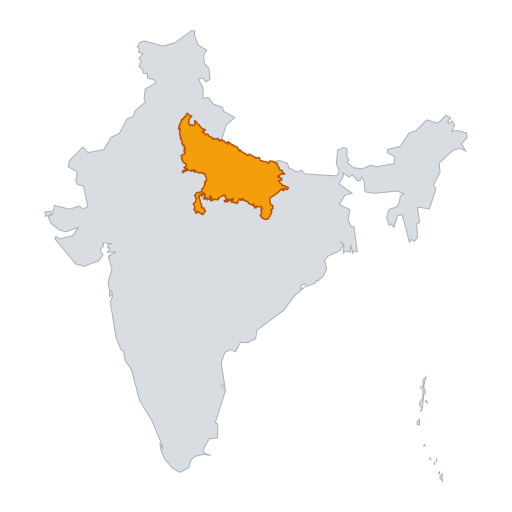 India, with Uttar Pradesh highlighted
{"feature_id": "IND-3253", "entity_name": "Uttar Pradesh", "entity_type": "State", "adm_level": 1, "iso_a3": "IND", "parent_name": "India", "parent_adm1": "", "projection": "orthographic", "projection_center": [80.221, 27.157], "detail": "fine", "context": "in_parent", "style": "filled", "palette": "amber", "viewbox_px": 512, "rotation_deg": 0, "n_neighbors": 0, "source": "natural_earth", "source_scale": "10m", "svg_char_len": 9741}
<svg xmlns="http://www.w3.org/2000/svg" viewBox="0 0 512 512"><path d="M44.9,212.0L53.2,211.1L54.5,205.5L69.3,209.2L79.6,206.0L82.8,209.1L87.8,206.8L83.4,185.8L77.9,184.7L75.8,181.2L77.2,171.5L68.3,166.9L69.3,160.7L82.8,147.1L88.0,152.7L103.7,149.6L111.2,137.2L119.5,133.2L127.1,118.8L133.3,116.5L134.9,111.0L145.6,101.7L144.1,99.2L145.2,88.9L156.1,82.9L155.0,80.3L147.6,78.0L147.5,73.7L143.3,73.4L142.8,69.7L138.9,66.3L141.2,61.3L139.0,57.7L143.0,54.2L138.4,51.9L139.5,49.3L137.3,46.9L139.8,42.6L144.4,41.0L163.0,46.0L175.1,42.6L191.5,30.7L194.8,31.0L194.3,34.7L198.3,45.2L206.8,50.3L203.5,54.9L204.4,63.3L208.9,68.6L209.9,79.5L205.8,81.8L202.8,77.9L198.5,79.1L203.1,88.3L203.1,98.6L208.2,97.4L213.5,104.1L222.7,107.5L223.3,111.1L234.9,117.6L226.3,124.8L221.6,139.5L247.3,155.0L259.3,158.0L260.1,160.5L268.2,162.7L279.8,160.5L287.4,163.4L288.6,167.5L296.9,172.0L301.6,170.3L305.0,174.0L337.2,175.9L339.2,170.2L336.3,163.7L337.7,150.2L343.7,147.5L347.1,148.7L346.8,156.6L349.1,159.8L347.1,162.3L353.4,167.7L362.4,168.9L370.5,165.2L376.3,166.7L394.2,163.7L394.7,156.5L387.4,152.8L387.6,149.5L400.3,146.3L409.0,133.1L415.9,130.7L426.7,119.9L437.9,123.1L445.9,115.3L450.7,117.9L447.9,121.1L448.4,123.6L452.2,121.0L454.8,125.4L451.5,131.6L455.8,130.3L466.3,132.8L467.1,137.3L461.5,143.9L465.7,151.1L460.0,148.3L452.7,150.4L439.1,163.1L440.1,172.1L433.6,184.7L435.9,188.9L429.4,208.9L417.5,207.1L419.5,222.2L416.7,224.1L417.6,237.1L414.4,241.4L411.4,239.4L409.4,242.1L402.3,214.9L397.7,215.3L394.0,227.2L391.1,223.9L389.4,225.6L386.6,218.0L388.9,209.5L396.2,207.1L399.2,203.3L400.4,195.5L403.8,194.1L397.4,191.0L374.0,193.3L365.0,191.8L364.1,181.3L361.6,177.0L360.1,180.5L357.5,180.7L351.9,174.5L349.4,177.2L342.4,172.6L343.6,175.7L338.9,183.9L352.2,193.3L345.1,195.0L339.2,204.5L349.9,209.6L348.2,219.5L350.9,226.2L354.0,227.1L357.3,251.8L354.3,250.6L352.7,253.3L350.7,244.7L350.3,252.2L345.7,250.9L343.3,253.1L344.0,244.8L340.0,241.2L343.5,245.1L340.6,250.2L328.0,256.2L324.6,260.7L326.7,269.3L323.5,275.7L318.0,281.0L316.0,280.3L315.7,282.9L306.0,286.6L304.8,283.5L300.9,285.8L300.0,288.5L303.9,287.8L293.9,296.3L283.9,310.1L257.1,330.0L255.6,338.7L247.9,342.5L240.4,342.4L235.6,351.7L230.4,349.6L224.9,352.5L221.1,362.7L225.1,388.0L222.7,384.4L221.2,386.1L225.7,390.0L215.3,422.3L217.8,424.2L217.6,437.9L209.2,438.8L203.1,449.6L204.4,453.2L210.7,455.4L203.7,454.2L194.7,456.6L191.0,459.9L188.8,467.7L180.0,472.3L172.7,468.4L164.6,459.1L161.0,450.5L159.8,443.0L163.2,449.2L161.4,443.2L151.8,420.3L139.7,400.8L131.5,369.8L125.0,360.2L123.4,350.8L121.1,349.9L116.1,337.6L110.3,302.0L112.6,296.1L112.2,293.9L109.9,296.6L109.5,294.9L109.8,291.4L112.5,291.9L109.5,290.3L108.0,282.7L112.0,269.2L108.5,257.6L110.2,256.1L108.4,256.2L116.1,251.9L107.5,252.3L110.1,248.0L107.4,247.7L108.1,244.8L112.0,243.8L102.6,242.6L103.8,245.7L100.0,249.8L103.0,254.7L99.1,260.6L83.8,266.3L75.8,264.0L54.7,238.6L56.1,236.3L59.3,239.1L73.0,235.6L78.2,227.5L65.6,231.9L59.4,229.9L51.0,223.5L48.2,217.0L53.9,213.0L45.6,216.4L44.9,212.0ZM422.3,408.9L419.1,403.9L422.8,398.0L423.0,380.0L426.0,376.7L423.7,386.5L425.7,392.7L423.8,394.5L422.3,408.9ZM442.1,473.8L442.4,481.3L439.6,477.5L442.1,473.8ZM419.5,424.6L417.4,424.9L417.0,421.8L419.4,419.3L419.5,424.6ZM434.7,462.6L434.6,464.8L434.0,462.8L434.7,462.6ZM437.0,459.3L436.3,462.3L436.4,459.2L437.0,459.3ZM440.0,471.4L439.2,473.8L438.5,472.9L440.0,471.4ZM425.1,445.6L423.7,445.9L424.3,444.6L425.1,445.6ZM421.8,410.1L420.4,411.5L421.0,409.5L421.8,410.1ZM426.5,400.6L427.3,402.7L425.5,401.2L426.5,400.6ZM430.8,459.4L429.6,459.1L430.1,457.9L430.8,459.4ZM421.3,386.7L420.7,389.1L421.0,386.5L421.3,386.7Z" fill="#d9dde1" stroke="#a8b0b8" stroke-width="1"/><path d="M259.2,157.6L259.7,158.7L260.1,160.5L260.4,160.9L262.2,161.0L264.2,161.7L265.9,161.6L267.2,162.4L267.7,163.1L268.1,163.4L268.7,163.2L269.3,162.5L269.2,161.4L269.6,161.1L272.5,161.2L276.3,162.9L276.3,163.3L276.9,163.2L276.9,164.0L277.7,164.9L277.8,166.0L279.0,167.5L279.1,168.5L279.8,169.7L280.9,170.5L282.0,170.2L282.3,170.8L282.4,172.4L283.3,172.6L284.6,174.0L284.4,174.2L280.3,174.2L279.7,175.6L278.8,175.9L278.4,176.4L278.1,175.9L277.8,176.0L277.9,177.3L278.5,177.5L279.2,177.1L280.2,177.9L281.7,178.3L281.4,179.3L281.8,180.1L279.2,180.7L278.9,181.0L278.9,181.4L279.4,181.8L280.1,183.1L281.3,183.7L281.7,184.4L282.2,184.5L282.5,185.3L283.0,185.9L284.7,185.6L285.9,186.8L287.0,186.8L288.3,188.0L288.0,188.8L287.0,189.5L285.7,189.2L284.8,188.5L284.1,188.8L283.9,189.3L284.1,190.2L283.4,190.6L282.6,190.3L282.4,189.2L281.9,188.9L281.4,189.1L277.7,192.8L270.4,197.6L269.9,198.2L269.6,200.2L270.2,201.5L270.1,203.5L271.5,204.9L272.7,205.5L272.8,206.2L272.5,206.8L272.8,207.4L272.8,209.0L271.5,209.2L270.9,209.7L270.9,210.3L271.8,211.9L269.8,216.4L269.0,217.0L268.9,217.8L268.4,218.6L266.8,219.3L264.3,219.2L262.8,218.1L262.2,218.0L261.2,216.9L261.2,216.1L260.3,215.0L261.1,214.5L261.6,212.6L261.5,211.4L261.1,211.0L261.1,209.0L261.3,208.7L262.0,208.8L262.3,208.3L261.6,207.0L260.8,206.9L260.7,206.3L259.0,206.8L256.5,206.3L256.5,207.3L256.2,207.7L254.7,207.8L254.9,206.8L254.1,206.4L254.0,205.2L253.6,205.7L253.2,205.6L253.2,204.3L251.9,204.9L250.6,204.1L249.4,203.9L248.2,203.0L248.2,202.2L247.7,201.4L247.2,201.3L246.4,201.5L246.0,201.4L245.7,200.8L243.8,200.5L243.8,200.0L243.2,198.7L241.5,199.2L242.2,199.8L241.4,200.2L240.7,200.1L240.6,199.4L238.8,199.2L238.7,200.5L237.8,201.8L237.9,202.6L237.2,202.9L236.7,203.5L235.3,202.5L234.4,202.7L233.8,202.2L232.4,202.5L231.7,202.3L232.7,200.6L233.2,198.9L232.8,198.4L232.3,198.6L232.0,199.3L230.3,199.6L231.2,200.3L231.1,200.7L229.9,200.8L228.8,199.5L228.5,200.3L227.2,200.1L227.4,200.8L228.1,201.2L227.5,201.7L227.1,201.7L226.5,201.0L226.5,201.8L224.9,201.8L224.5,201.3L224.4,200.6L225.0,200.6L226.7,199.0L226.4,198.0L226.0,198.0L225.2,197.3L225.1,196.0L224.6,195.2L223.4,195.2L222.3,196.3L221.7,196.1L219.2,197.8L218.1,198.1L218.0,198.5L218.5,199.2L218.4,199.5L217.5,199.8L217.0,199.5L215.3,199.6L213.9,199.1L212.8,200.3L212.4,200.2L212.1,199.7L211.6,199.7L211.5,200.8L211.0,200.8L210.6,200.5L210.7,199.6L212.2,197.1L211.6,197.5L211.0,197.4L210.3,198.0L210.0,197.4L210.5,196.3L210.3,196.0L209.8,196.5L209.6,197.1L210.0,198.9L209.8,199.3L208.2,199.0L207.5,199.6L207.3,198.8L206.0,199.1L205.8,198.4L206.4,197.7L205.7,197.3L205.3,198.2L204.8,198.3L204.1,199.0L203.8,199.0L203.7,198.0L204.7,197.0L205.1,195.0L205.0,194.7L204.4,194.7L204.5,193.7L204.1,193.1L203.6,193.7L203.5,194.8L203.3,195.0L202.8,194.9L202.5,193.3L201.7,193.8L201.6,194.3L202.0,194.9L201.7,196.2L200.6,195.2L199.5,195.2L199.5,195.8L198.5,197.4L199.4,198.4L200.0,200.1L200.4,202.8L201.5,204.4L201.7,206.4L201.4,207.0L201.4,207.5L201.7,207.9L203.0,207.7L203.7,208.0L204.4,209.5L204.3,210.3L205.2,210.6L205.2,211.3L204.1,212.6L203.6,213.8L202.7,214.6L202.0,214.4L201.8,213.6L200.4,213.4L198.0,211.5L197.5,211.7L197.1,212.8L196.2,213.2L195.6,212.5L195.9,211.5L194.8,210.7L194.0,209.6L194.8,207.9L194.1,205.1L193.3,204.0L193.5,203.5L195.7,201.8L195.9,201.1L195.8,200.5L196.3,198.8L194.7,195.3L195.8,194.2L196.5,192.8L198.1,192.4L199.1,192.5L202.0,191.4L201.8,189.2L203.0,188.2L205.1,184.0L204.6,183.2L204.7,182.8L205.2,182.4L204.9,181.4L206.1,180.8L206.7,180.0L206.4,179.5L206.6,178.4L205.3,175.8L204.8,174.0L203.9,174.1L202.9,173.1L202.4,173.1L202.2,172.7L201.9,172.9L201.7,172.5L199.5,173.1L198.1,172.6L197.6,172.1L197.0,172.0L196.5,171.5L195.5,171.5L195.1,172.1L194.3,172.0L193.9,171.3L195.0,170.4L193.8,169.9L192.9,169.9L192.3,170.5L191.8,170.5L191.6,171.2L191.0,170.6L189.6,170.4L189.2,170.6L187.3,170.1L186.1,170.9L184.2,171.6L183.7,171.6L183.1,172.5L182.6,172.5L182.6,171.2L183.0,170.8L187.0,169.2L187.3,168.7L187.1,168.6L186.7,168.9L186.2,168.2L185.9,168.5L185.0,168.3L184.2,167.6L184.2,167.2L185.5,166.8L185.7,166.3L186.5,165.7L185.8,164.4L185.7,163.6L185.1,163.4L183.3,162.3L183.1,161.4L182.0,159.9L182.0,159.1L181.7,158.8L182.0,157.9L181.4,157.1L181.3,155.6L183.4,154.3L184.0,154.4L184.9,153.4L184.6,152.3L184.0,151.8L184.1,150.7L184.6,151.1L184.5,150.1L185.1,149.6L184.5,149.2L185.1,148.6L184.5,148.3L184.4,147.7L184.1,147.4L184.6,146.2L184.2,146.1L184.2,145.5L183.6,145.5L183.4,145.0L182.9,145.1L182.9,144.6L182.4,144.4L181.8,143.2L182.4,142.3L182.1,141.0L180.9,139.7L180.6,139.1L180.8,138.7L180.5,138.2L180.8,137.6L180.2,136.8L180.5,136.2L179.7,134.2L179.7,131.6L180.0,131.0L179.8,130.1L180.0,129.4L178.8,129.2L179.7,128.2L178.9,127.9L178.8,127.0L179.4,126.5L179.3,125.4L179.6,125.0L179.6,124.7L180.0,124.3L180.0,123.7L180.4,123.6L180.6,123.0L181.4,120.2L182.2,119.2L182.7,119.2L182.8,118.8L183.9,118.1L184.1,117.4L186.3,115.4L186.6,113.7L187.1,113.4L187.7,113.5L188.9,114.7L191.6,116.3L190.0,117.9L188.7,120.4L188.7,122.3L189.2,124.2L189.8,125.6L191.7,124.6L193.7,125.7L194.4,125.4L194.9,124.9L195.0,124.2L194.5,121.3L194.8,120.9L195.4,120.9L196.3,121.9L197.4,123.8L199.0,124.7L200.5,127.1L201.3,127.8L203.6,129.2L205.2,129.7L205.0,130.2L204.3,130.9L203.7,130.9L203.4,131.3L202.5,131.3L202.3,131.8L204.4,133.1L204.9,133.7L205.1,134.9L207.1,134.1L208.2,134.7L208.7,135.8L210.5,137.1L211.6,137.1L212.2,137.9L212.6,139.1L213.8,138.6L214.4,138.6L214.8,139.1L215.3,138.9L216.3,139.1L216.9,138.5L217.9,138.7L218.3,139.0L218.2,139.8L218.9,139.6L219.1,140.3L219.6,140.2L219.6,140.8L220.2,141.0L221.0,140.7L221.7,139.6L222.9,140.7L223.7,140.9L224.7,141.7L225.3,142.8L226.4,142.8L227.6,143.8L227.5,142.3L228.0,141.9L228.5,141.9L228.6,142.4L229.7,142.7L230.3,143.6L231.0,143.9L231.8,144.6L233.1,144.9L233.6,145.8L234.6,145.8L234.9,146.5L237.4,147.1L238.2,148.9L239.2,150.2L238.9,150.4L239.3,150.6L239.2,150.8L239.8,150.8L240.1,150.2L240.6,150.3L241.8,151.8L243.1,152.5L243.8,153.2L244.9,153.5L247.3,155.3L247.7,155.3L249.1,154.2L249.8,154.3L254.5,157.2L255.3,158.0L255.8,158.2L259.2,157.6Z" fill="#f59e0b" stroke="#b45309" stroke-width="1.5"/></svg>